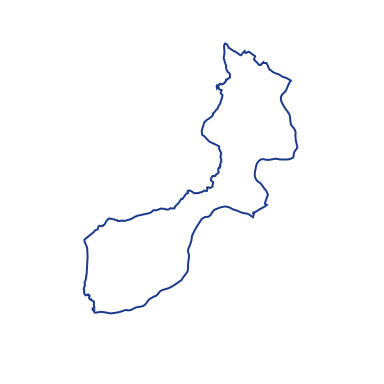 Kaplavas pag., Kraslavas, Latvia, rotated 116°
{"feature_id": "27541924B33567363876406", "entity_name": "Kaplavas pag.", "entity_type": "district", "adm_level": 2, "iso_a3": "LVA", "parent_name": "Latvia", "parent_adm1": "Kraslavas", "projection": "mercator", "projection_center": [27.187, 55.84], "detail": "fine", "context": "isolated", "style": "outline", "palette": "blue", "viewbox_px": 384, "rotation_deg": 116, "n_neighbors": 0, "source": "geoboundaries", "source_scale": "gbopen_adm2", "svg_char_len": 6009}
<svg xmlns="http://www.w3.org/2000/svg" viewBox="0 0 384 384"><g transform="rotate(116 192 192)"><path d="M260.4,163.0L258.3,164.0L256.9,164.5L250.7,166.6L249.6,167.3L247.9,169.0L246.4,169.9L244.5,170.4L240.1,170.6L235.8,171.3L231.5,172.7L229.9,172.8L224.5,172.8L219.7,172.4L212.5,171.5L210.4,170.5L209.2,169.7L208.4,168.8L207.6,167.2L207.3,166.7L206.3,165.9L205.6,165.6L204.2,165.2L200.4,164.8L198.3,164.1L197.7,163.7L193.3,159.6L191.2,156.9L190.4,155.6L190.1,154.8L189.7,153.0L189.4,150.7L189.6,148.6L189.5,146.6L188.9,142.3L188.7,137.8L188.3,136.7L188.2,136.0L187.1,132.2L187.3,130.0L187.8,127.3L187.9,126.2L184.1,126.8L184.2,127.8L183.4,127.8L183.3,127.0L181.6,125.9L181.4,125.9L181.3,125.7L178.4,123.8L177.7,123.6L176.7,122.8L176.5,122.6L172.6,119.9L170.8,119.2L170.9,120.3L170.8,120.7L170.6,121.1L170.1,121.6L161.1,122.6L160.3,123.6L159.2,124.8L158.2,126.1L157.2,128.5L155.3,131.9L154.2,134.2L153.9,136.0L153.3,138.8L152.4,140.1L151.2,141.7L149.3,143.0L147.4,143.9L142.4,145.3L139.5,146.0L137.9,146.1L135.9,145.8L134.3,145.3L133.0,144.7L131.9,143.5L131.1,142.2L130.4,138.9L128.9,136.2L126.6,133.1L125.5,131.6L125.0,130.1L124.3,127.6L123.1,124.9L122.1,122.8L120.6,119.9L119.8,118.9L118.5,117.5L117.1,116.5L116.4,116.2L115.0,116.5L113.2,117.3L111.4,117.5L109.2,117.4L108.0,117.0L106.3,116.8L105.0,117.3L101.4,120.3L99.7,121.6L95.7,123.9L94.0,124.6L92.7,125.2L91.0,126.9L90.0,128.4L89.3,130.2L88.3,132.2L86.5,133.8L82.4,136.3L79.7,138.3L77.5,141.9L76.3,144.5L73.6,148.6L72.2,150.5L70.1,152.6L67.9,153.5L66.3,153.9L64.2,153.5L60.1,152.1L58.7,152.0L57.3,152.2L51.4,152.4L48.5,152.0L48.2,156.2L48.2,157.7L48.7,160.9L48.2,166.1L48.7,168.9L48.7,172.0L48.1,174.3L48.0,176.1L45.5,179.0L43.4,181.7L44.7,184.1L44.5,184.7L44.3,184.8L46.8,185.8L47.1,185.6L47.5,185.6L47.7,186.5L48.0,186.7L48.1,187.1L48.3,187.3L48.4,187.7L47.8,189.0L47.4,189.5L47.1,190.6L45.7,194.4L42.3,194.8L41.0,202.4L41.4,203.0L42.6,203.7L43.6,204.9L42.2,206.5L45.4,207.5L47.1,207.7L47.8,208.3L47.9,208.6L47.7,209.7L47.4,211.3L46.8,214.7L47.1,216.0L46.6,219.2L46.3,221.9L46.2,221.9L44.1,225.2L43.9,227.0L44.1,227.4L46.4,227.4L52.7,223.8L58.1,222.1L59.0,220.9L60.6,219.7L63.9,216.4L65.1,216.1L66.9,214.6L68.5,212.5L68.7,210.9L69.2,210.0L69.7,209.5L72.3,208.1L72.5,208.1L73.5,208.9L75.3,209.5L76.0,210.7L77.1,210.2L77.6,210.4L78.6,210.3L79.0,210.6L79.4,210.7L80.1,210.6L81.0,211.3L81.4,211.8L82.2,212.2L82.3,212.8L82.1,213.4L82.4,214.2L82.9,214.5L83.4,214.7L84.1,214.6L85.0,215.7L85.1,216.3L85.5,216.4L86.5,215.8L86.9,215.7L87.9,215.0L86.3,214.6L86.2,214.6L86.1,214.4L86.3,213.9L87.7,212.6L87.8,211.5L87.4,210.1L87.6,210.0L90.3,209.6L90.8,209.4L91.5,207.1L93.9,206.4L95.3,206.1L97.1,206.0L100.2,205.4L101.8,205.7L103.5,205.8L106.3,205.5L107.9,206.4L109.7,206.6L112.4,207.6L112.8,207.2L114.6,207.0L118.7,209.0L120.7,210.3L124.1,211.5L132.6,210.1L134.5,209.0L136.2,207.9L136.4,205.8L138.3,200.9L139.1,198.0L139.0,190.4L139.1,187.6L139.2,187.4L141.2,186.7L144.4,182.7L147.8,182.0L150.1,179.8L151.3,179.3L151.7,179.2L153.1,179.2L154.1,178.7L154.6,178.6L155.8,178.7L156.0,178.6L156.1,178.1L156.2,177.9L156.6,178.0L157.1,177.8L158.1,177.6L158.3,177.8L158.3,178.4L158.5,178.5L158.9,178.5L159.6,178.6L161.8,177.5L161.9,177.2L162.2,177.1L162.4,176.8L162.7,176.7L164.0,176.9L165.9,178.2L166.3,178.2L167.0,178.0L167.3,178.0L168.0,178.9L168.3,180.1L168.5,180.5L169.5,180.5L170.1,180.8L170.6,180.7L171.3,180.8L171.7,180.6L172.7,180.5L173.1,180.0L173.6,179.3L173.6,177.7L174.0,177.3L175.0,176.9L176.1,176.7L176.9,176.5L177.6,176.0L178.2,176.0L179.0,176.5L180.7,177.7L180.7,177.8L180.5,178.8L181.1,180.3L181.6,180.4L183.0,179.4L184.5,179.1L184.7,179.3L184.7,179.5L185.0,180.1L185.3,181.6L185.9,181.9L187.0,182.7L187.7,183.0L188.8,184.6L189.6,185.1L190.2,185.7L190.8,187.0L191.2,188.0L191.5,188.3L191.8,188.9L192.0,189.0L192.1,189.3L192.1,189.6L191.8,191.6L191.6,193.3L191.5,193.7L191.8,194.1L191.9,195.3L192.6,196.2L192.9,196.3L193.6,196.2L194.0,195.7L194.5,195.4L194.8,195.1L195.9,196.4L196.2,196.5L202.3,197.5L203.1,198.7L206.4,199.0L208.3,199.4L212.7,200.9L214.4,200.6L215.6,202.8L216.0,204.3L218.2,205.6L218.7,206.5L219.4,210.0L220.1,211.2L220.4,212.6L222.0,214.0L224.3,216.4L225.1,218.6L228.4,219.9L229.7,221.1L236.4,229.6L237.8,231.2L238.0,231.3L238.7,231.7L239.1,232.4L242.8,234.7L247.3,239.6L249.2,243.8L249.8,244.3L250.6,245.8L250.6,246.1L250.3,246.6L250.2,247.1L250.6,247.8L250.8,250.0L251.9,254.1L251.9,254.5L252.8,255.4L253.8,255.5L254.9,256.1L259.8,256.4L260.7,257.3L261.7,257.3L262.1,257.6L262.2,257.8L263.0,260.5L263.4,260.8L263.8,260.9L266.5,260.4L267.1,260.6L269.3,262.5L269.6,262.6L270.3,262.4L281.9,267.8L283.8,266.8L286.3,263.7L288.1,261.8L295.9,257.5L312.5,250.5L313.0,250.6L313.9,250.4L314.4,250.2L314.8,249.7L316.2,249.5L318.4,248.9L318.9,248.8L320.0,249.0L320.2,248.9L320.5,248.6L321.3,248.4L322.3,247.7L322.5,247.3L324.3,247.1L324.7,247.2L325.3,247.1L325.7,247.2L326.6,246.8L326.9,246.1L327.8,245.7L328.2,245.8L328.7,245.3L329.8,244.9L330.1,244.3L331.1,243.4L331.4,242.2L330.9,241.7L330.9,241.4L330.4,240.9L329.6,240.6L329.5,240.0L329.6,239.6L330.2,239.4L330.1,238.9L330.1,238.7L330.6,238.6L331.0,238.2L331.5,238.1L331.8,238.2L332.3,238.1L332.8,237.6L332.8,237.2L333.2,236.7L333.3,235.8L333.1,235.4L332.8,235.3L333.4,234.4L333.4,233.2L333.6,232.6L333.5,232.4L333.8,232.3L334.3,231.5L336.1,231.0L338.2,229.4L338.5,229.2L340.0,230.3L340.6,230.1L341.1,229.8L341.0,229.4L341.1,229.0L340.9,228.8L340.7,228.3L341.0,228.3L341.4,228.1L341.7,228.3L341.7,228.1L342.0,227.8L342.0,227.6L343.0,226.9L342.9,226.0L342.2,224.9L341.0,223.4L339.6,221.3L338.6,218.4L337.6,215.0L337.1,212.9L336.5,211.3L336.2,210.9L332.3,205.3L330.1,202.9L328.0,200.9L326.9,199.4L326.4,197.5L325.3,195.8L323.7,194.3L321.1,192.4L319.3,190.6L318.3,189.0L317.2,187.4L315.6,185.7L313.8,184.9L312.3,184.3L309.3,184.0L307.0,183.3L302.9,180.6L301.5,179.2L300.5,178.5L299.2,178.1L295.6,177.3L293.9,176.3L292.2,174.7L290.4,172.7L288.6,170.8L286.5,169.1L281.7,166.1L275.9,162.9L272.8,162.5L266.4,161.3L264.3,161.4L260.4,163.0Z" fill="none" stroke="#1e3a8a" stroke-width="2"/></g></svg>